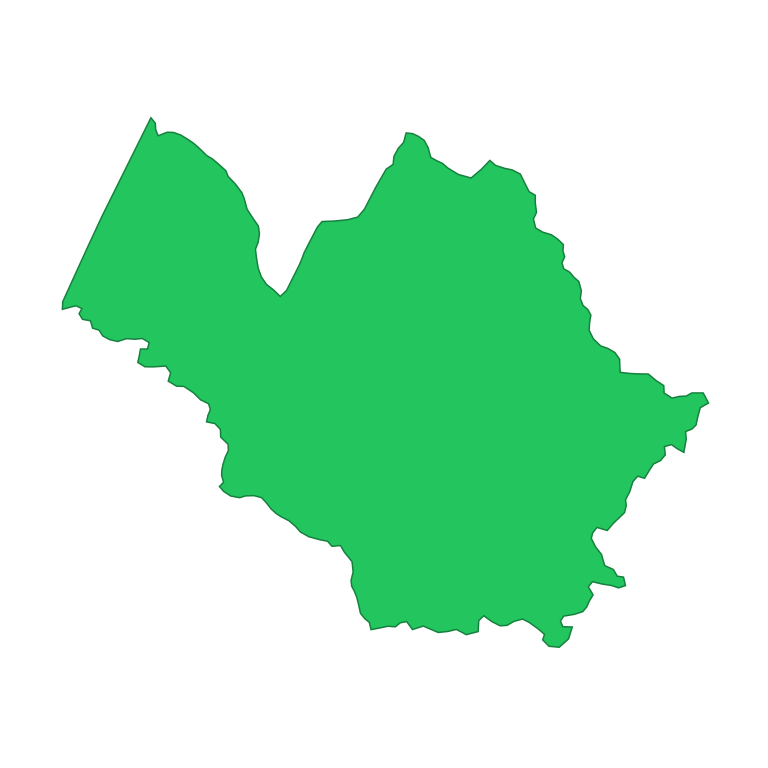 outline of Maringá, Paraná, Brazil, rotated 93°
{"feature_id": "56859067B20874146642258", "entity_name": "Maringá", "entity_type": "district", "adm_level": 2, "iso_a3": "BRA", "parent_name": "Brazil", "parent_adm1": "Paraná", "projection": "mercator", "projection_center": [-51.963, -23.405], "detail": "fine", "context": "isolated", "style": "filled", "palette": "green", "viewbox_px": 768, "rotation_deg": 93, "n_neighbors": 0, "source": "geoboundaries", "source_scale": "gbopen_adm2", "svg_char_len": 3261}
<svg xmlns="http://www.w3.org/2000/svg" viewBox="0 0 768 768"><g transform="rotate(93 384 384)"><path d="M386.0,58.9L376.2,64.8L376.8,76.0L380.3,81.9L380.9,88.3L383.0,95.6L378.4,103.8L371.0,104.5L366.3,112.5L360.2,120.6L360.6,130.9L360.6,139.1L360.0,148.7L354.3,149.4L346.9,150.0L340.5,155.1L336.8,162.2L334.6,169.7L327.8,177.4L319.6,181.9L312.1,181.9L304.5,181.0L299.0,184.3L295.1,189.4L288.4,192.4L280.5,191.8L271.5,194.8L267.5,199.9L262.6,204.4L259.5,210.6L253.6,212.6L247.4,210.2L242.2,212.2L235.4,212.2L230.4,217.9L226.2,224.6L224.0,233.6L220.3,240.7L211.4,243.4L204.8,240.7L195.1,242.4L187.6,242.8L184.3,249.2L175.0,254.5L167.2,258.9L163.5,267.2L162.3,274.9L159.9,284.0L155.2,290.0L164.6,298.1L173.7,307.8L170.9,320.6L165.0,331.5L160.7,337.1L158.3,342.9L155.3,349.1L145.7,352.3L138.6,356.6L134.9,362.6L132.5,368.4L132.1,375.0L141.7,377.1L147.9,382.1L156.2,386.0L164.2,386.4L169.4,393.1L187.9,402.5L210.4,412.7L218.7,419.0L221.9,429.1L223.9,442.6L225.0,454.4L230.7,458.7L250.4,467.7L257.3,470.7L264.0,472.8L269.5,474.8L295.8,486.3L302.0,492.2L295.8,499.3L290.8,506.5L283.5,512.1L274.6,515.8L263.8,518.1L256.1,519.4L249.0,517.1L240.6,516.2L232.9,517.7L224.9,523.9L216.6,529.9L206.1,533.3L200.5,535.9L192.3,542.7L184.9,550.5L179.3,553.1L172.7,561.2L168.2,567.2L165.2,572.9L158.7,580.3L153.4,587.0L150.3,592.1L146.1,599.8L143.8,607.2L143.9,613.6L147.9,622.6L141.6,625.4L135.5,626.0L130.3,630.7L231.5,674.5L262.2,686.9L318.5,709.1L326.3,709.1L323.8,701.6L322.0,695.6L324.5,689.6L329.7,692.2L335.2,688.5L336.2,680.5L343.5,677.9L345.1,671.4L350.7,667.4L354.1,660.1L355.5,652.2L352.2,643.5L352.3,634.8L351.2,627.7L354.9,620.7L361.4,622.0L361.8,629.0L368.3,629.8L375.4,631.0L379.3,623.7L379.0,615.6L377.5,602.8L383.9,597.7L392.5,599.6L397.0,591.1L396.9,583.7L402.7,573.9L409.5,566.2L412.9,558.1L418.8,556.1L424.6,558.2L431.1,559.2L432.4,550.7L437.9,545.0L445.6,544.3L452.3,536.6L458.6,535.9L465.3,538.7L472.0,540.4L478.0,541.4L483.8,541.4L490.5,539.1L495.0,543.0L499.8,538.3L503.9,531.2L505.1,522.2L503.0,516.4L502.3,508.0L503.9,500.3L508.4,495.6L514.9,490.0L519.2,484.6L522.1,479.5L525.5,471.8L531.0,464.7L536.2,459.7L540.5,451.0L543.0,439.2L544.0,432.1L548.8,427.5L547.6,419.0L554.1,414.7L563.1,406.6L573.3,405.0L581.8,406.6L587.5,405.7L593.0,402.5L598.7,399.9L607.5,397.3L614.2,395.5L619.2,391.1L622.8,386.2L630.0,384.1L627.7,374.8L625.7,367.3L625.9,360.0L621.6,355.2L620.1,348.9L627.7,342.7L623.7,332.1L629.3,316.9L627.8,307.3L625.3,298.9L630.0,288.7L626.3,277.0L615.4,277.0L610.2,272.3L615.8,263.6L619.4,255.2L618.6,248.5L614.2,241.7L611.5,233.3L614.5,226.5L620.7,216.9L625.7,210.6L631.2,212.2L637.3,205.5L637.7,195.2L628.8,186.3L616.8,183.3L617.0,192.7L611.5,195.4L606.4,192.4L604.0,181.6L600.9,173.6L596.1,169.9L590.1,167.6L583.6,164.2L575.9,169.3L570.5,165.5L572.3,156.1L573.3,146.4L575.3,139.1L572.7,132.3L564.3,134.7L563.7,141.0L557.2,145.3L553.8,154.1L542.8,157.9L535.6,164.2L527.3,168.9L521.8,167.8L516.1,163.8L518.6,153.4L511.2,147.7L499.9,137.1L492.8,135.7L486.9,136.7L478.5,132.9L468.4,130.3L462.8,125.8L464.5,118.9L455.5,114.0L449.9,110.8L445.9,103.8L440.1,99.4L431.8,100.7L429.5,93.7L433.2,87.9L436.6,81.0L423.4,79.3L415.7,80.3L412.9,74.2L408.6,70.2L401.9,69.2L391.1,66.9L386.0,58.9Z" fill="#22c55e" stroke="#15803d" stroke-width="1.5"/></g></svg>